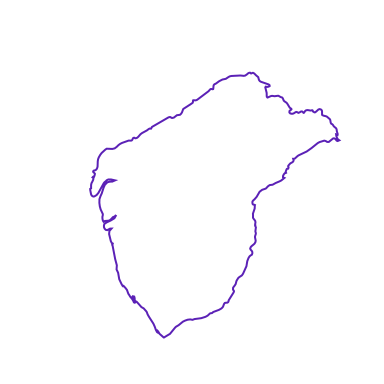 an SVG outline of Guyane française, rotated 212°
{"feature_id": "FRA-2000", "entity_name": "Guyane française", "entity_type": "Overseas department", "adm_level": 1, "iso_a3": "FRA", "parent_name": "France", "parent_adm1": "", "projection": "natural_earth1", "projection_center": [-53.325, 3.928], "detail": "fine", "context": "isolated", "style": "outline", "palette": "violet", "viewbox_px": 384, "rotation_deg": 212, "n_neighbors": 0, "source": "natural_earth", "source_scale": "10m", "svg_char_len": 5903}
<svg xmlns="http://www.w3.org/2000/svg" viewBox="0 0 384 384"><g transform="rotate(212 192 192)"><path d="M121.1,252.9L122.4,249.1L123.4,247.4L125.8,244.0L127.5,240.9L129.7,239.1L130.4,237.7L130.8,236.2L131.0,234.9L131.3,233.9L133.7,231.0L134.8,228.0L134.6,222.2L135.1,219.0L135.6,217.3L135.7,216.1L135.3,215.2L134.4,214.1L133.8,213.8L133.1,213.9L132.4,214.2L131.7,214.3L131.6,213.9L130.1,211.2L128.8,205.8L128.1,204.9L126.7,202.6L126.0,202.1L123.8,201.3L123.0,200.9L122.7,200.6L122.0,199.7L121.4,198.2L120.9,197.3L120.6,197.3L120.4,196.7L119.1,195.9L117.5,192.4L117.1,191.9L116.1,191.0L115.7,190.3L115.0,187.7L114.6,187.0L112.3,184.6L111.7,183.3L111.6,181.4L111.9,180.3L112.8,177.6L113.0,176.5L112.7,174.9L112.0,174.3L109.8,173.6L109.0,173.0L108.3,171.9L108.0,170.6L108.7,169.2L109.1,167.9L109.1,166.0L108.5,162.7L106.5,157.9L105.4,149.7L105.5,147.7L106.8,144.9L107.2,143.6L107.2,140.5L107.0,139.6L106.2,137.1L106.2,135.3L106.4,133.8L106.4,132.5L105.6,131.1L105.0,130.7L104.3,130.5L103.8,130.1L103.5,129.0L103.5,119.6L103.1,118.6L103.0,117.8L103.3,117.0L105.1,115.6L105.4,115.2L105.5,114.1L104.9,111.1L105.1,109.7L105.5,108.5L106.7,106.3L110.3,101.6L110.5,101.2L110.7,100.3L111.0,99.8L112.0,99.0L112.4,98.5L113.2,95.5L113.9,94.2L114.5,93.2L117.3,89.9L122.5,85.6L123.8,83.9L126.0,83.0L128.0,81.4L129.7,79.3L131.0,77.2L132.8,71.9L134.2,69.2L134.5,67.9L135.5,60.0L136.7,57.7L138.0,55.1L138.7,53.7L139.3,53.7L142.3,54.2L144.3,54.5L145.8,55.3L147.1,55.9L147.6,56.0L147.4,55.5L146.0,54.7L146.5,54.6L147.5,54.7L149.7,56.0L151.4,57.4L152.6,58.3L153.8,59.1L155.0,59.9L162.4,63.4L164.8,64.7L166.7,66.2L168.2,66.8L169.0,67.0L171.3,67.7L173.9,67.6L178.6,69.0L180.8,69.6L182.5,69.4L183.4,70.1L184.4,71.6L185.6,72.7L187.0,72.2L187.0,71.3L185.9,71.0L184.7,70.1L183.3,68.8L182.1,68.5L181.7,68.6L181.6,68.2L182.2,67.6L182.9,67.7L184.2,68.6L186.2,69.6L189.0,70.5L190.5,71.3L192.1,72.0L195.3,74.5L197.7,75.4L200.3,76.1L200.6,75.5L201.1,75.6L203.0,76.6L207.5,79.5L211.9,84.4L214.9,86.3L216.9,90.0L221.6,94.4L230.9,104.4L231.6,104.8L231.8,105.0L231.8,105.5L231.7,106.0L231.8,106.3L232.1,106.4L232.9,106.2L233.2,106.3L234.9,107.4L240.0,112.4L241.4,115.2L240.9,118.3L242.1,117.5L243.7,114.7L245.1,114.2L246.7,114.6L248.1,115.6L249.0,117.1L249.4,118.6L248.2,121.1L245.8,124.8L243.9,128.6L244.0,131.4L244.4,131.4L244.6,130.3L245.1,129.6L245.6,129.0L245.8,128.5L246.1,126.6L246.7,124.6L247.6,123.4L250.5,121.3L251.2,119.9L252.4,120.5L253.7,121.8L254.8,123.4L255.3,124.9L255.9,126.0L260.2,128.8L262.5,130.9L264.8,133.7L266.7,136.9L267.4,140.0L267.8,143.0L269.3,148.9L269.7,152.0L268.9,155.4L267.2,157.2L265.1,158.6L263.4,161.1L267.4,159.7L269.6,158.3L270.6,156.7L270.7,155.9L271.4,153.8L271.5,152.5L270.9,141.6L271.3,138.8L272.4,136.6L273.2,135.9L274.2,135.7L275.3,135.9L276.4,136.6L279.5,139.9L280.0,140.8L279.5,141.6L281.3,144.5L281.9,146.2L282.0,148.0L282.3,150.1L283.0,151.7L284.1,151.7L284.0,152.4L283.7,153.0L283.4,153.3L283.2,153.3L283.3,153.9L283.6,155.1L284.1,156.1L285.2,156.4L286.3,156.6L286.8,157.2L286.5,158.3L285.9,158.8L285.3,159.6L285.0,161.1L285.2,162.4L285.6,163.6L288.2,168.1L289.0,170.0L289.4,172.0L289.5,174.9L289.3,177.2L288.0,181.9L287.3,183.5L282.4,186.3L280.7,188.0L279.8,190.3L279.2,192.8L278.4,194.8L277.3,196.6L273.0,202.0L271.0,203.2L270.5,203.7L270.3,204.5L270.5,206.1L270.4,206.8L269.8,207.4L269.4,207.5L268.9,207.4L268.2,207.7L267.2,209.0L266.8,210.5L266.3,213.7L265.6,215.5L262.9,220.3L262.1,222.4L261.6,223.3L260.3,224.0L260.3,224.6L260.4,225.3L260.4,226.0L251.5,242.8L250.8,243.6L250.0,244.1L249.4,244.1L248.9,244.0L248.1,244.2L246.8,245.5L245.5,249.1L243.1,251.1L242.7,252.6L242.7,254.3L243.4,257.6L243.2,258.2L239.1,267.0L238.7,268.1L239.0,269.1L239.5,269.8L239.6,270.4L238.7,271.0L238.0,271.3L237.4,271.7L237.0,272.2L236.5,272.9L231.4,286.2L231.0,288.5L230.8,289.1L230.2,289.6L228.9,290.1L228.6,290.5L228.9,291.3L229.9,293.2L230.2,294.1L230.1,295.1L229.8,295.7L229.4,296.2L229.1,296.8L227.7,300.3L225.8,303.5L223.3,305.9L221.9,309.0L221.1,310.3L219.9,311.4L212.6,316.5L209.7,317.9L208.6,318.9L207.8,320.7L207.3,322.4L206.9,323.1L206.2,323.8L205.8,324.0L205.1,323.8L204.7,323.8L204.4,324.2L203.8,325.1L203.4,325.4L202.0,325.5L199.5,324.9L196.7,324.5L194.7,322.6L193.3,322.0L192.0,322.0L184.1,323.8L183.1,323.8L182.3,323.1L182.8,322.0L184.0,320.9L185.3,320.4L185.3,319.6L181.2,315.6L179.5,313.0L179.0,312.4L178.1,312.1L177.8,312.3L177.6,312.7L175.8,315.3L175.0,316.0L172.7,317.0L170.3,319.0L169.6,319.4L167.1,319.5L165.7,319.9L164.7,319.6L162.6,318.1L161.6,317.9L159.3,317.8L158.2,317.5L153.8,315.3L151.9,315.2L151.5,314.9L151.5,314.4L152.2,312.9L152.2,312.2L151.5,311.0L150.4,310.7L149.2,311.0L148.0,311.8L147.3,312.8L146.7,314.1L146.1,315.1L145.3,315.4L143.7,315.5L142.9,316.6L142.3,317.9L141.5,318.6L140.1,318.5L139.4,318.2L139.0,318.6L139.0,320.5L138.5,321.8L137.3,322.8L134.6,323.9L134.2,324.2L133.5,325.0L133.1,325.1L132.8,325.0L132.1,324.4L131.8,324.4L130.4,324.4L129.9,324.7L129.4,325.8L128.5,329.0L127.6,330.0L126.1,330.3L125.2,330.0L124.6,329.5L122.6,326.4L122.2,326.3L121.1,326.4L119.8,326.8L118.7,327.2L117.6,327.4L114.3,326.9L113.7,326.8L112.9,326.3L111.2,324.4L110.4,323.8L109.9,323.7L109.4,323.8L108.5,323.7L107.9,323.5L106.9,323.0L106.4,322.8L103.6,322.4L102.6,321.8L101.3,320.2L99.1,318.3L98.8,317.5L100.3,317.2L99.2,315.9L97.8,314.8L96.3,314.0L94.5,313.9L95.5,312.4L96.5,312.2L98.7,313.0L100.0,312.8L100.7,312.2L102.5,307.0L103.2,306.5L103.9,306.1L105.3,306.1L106.3,305.9L107.1,305.6L110.3,301.9L111.3,300.1L113.9,292.6L116.2,287.1L121.0,279.6L121.5,278.5L122.5,274.9L123.0,274.3L123.8,273.8L122.9,273.0L122.5,272.5L122.4,272.0L122.4,271.2L122.7,270.3L123.6,268.7L123.8,268.3L124.2,266.0L124.2,264.9L123.9,264.8L123.1,263.9L122.8,262.8L123.5,262.3L123.8,261.8L123.7,260.7L123.3,258.9L123.2,258.7L122.6,258.2L122.4,258.1L122.6,257.7L122.9,257.4L123.2,257.3L123.3,257.1L123.5,255.5L123.3,253.8L122.6,252.7L121.1,252.9Z" fill="none" stroke="#5b21b6" stroke-width="2"/></g></svg>